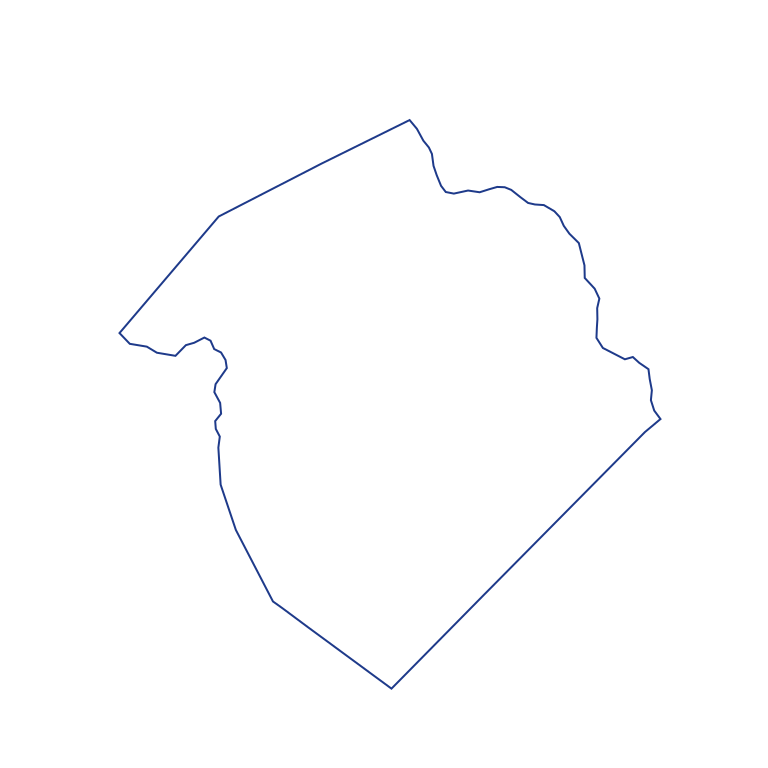 the district of Ipanguaçu, Rio Grande do Norte, Brazil, rotated 127°
{"feature_id": "56859067B33594898664345", "entity_name": "Ipanguaçu", "entity_type": "district", "adm_level": 2, "iso_a3": "BRA", "parent_name": "Brazil", "parent_adm1": "Rio Grande do Norte", "projection": "mercator", "projection_center": [-36.832, -5.544], "detail": "fine", "context": "isolated", "style": "outline", "palette": "blue", "viewbox_px": 768, "rotation_deg": 127, "n_neighbors": 0, "source": "geoboundaries", "source_scale": "gbopen_adm2", "svg_char_len": 1078}
<svg xmlns="http://www.w3.org/2000/svg" viewBox="0 0 768 768"><g transform="rotate(127 384 384)"><path d="M157.8,522.4L245.5,566.5L349.7,616.8L502.5,625.9L504.9,611.2L496.9,595.9L495.7,584.2L487.0,567.5L472.2,565.6L465.3,560.4L455.0,555.4L453.8,548.6L458.3,540.6L456.9,533.1L460.2,525.0L465.9,519.1L485.5,518.4L492.6,514.6L497.7,503.5L505.8,496.2L515.2,496.5L521.1,491.3L524.8,483.5L534.5,478.0L562.7,453.9L589.7,414.5L624.5,341.8L624.2,330.7L624.0,298.6L622.8,194.7L492.1,177.3L484.8,176.3L265.4,146.7L245.6,142.1L242.6,152.2L236.3,161.1L227.8,166.3L220.1,174.8L213.0,181.7L213.5,192.8L212.7,201.5L219.3,206.5L223.5,230.9L219.3,242.1L210.9,247.9L203.9,252.5L195.1,259.4L186.2,263.4L181.1,273.1L178.5,287.5L168.6,295.3L154.2,313.2L152.4,326.4L149.5,335.6L144.9,344.1L143.5,351.9L144.9,364.0L149.8,371.5L152.7,377.9L152.7,387.4L152.4,399.2L154.2,406.0L158.5,412.2L165.3,417.3L173.3,423.0L178.9,433.3L189.9,442.8L193.5,450.2L191.4,457.7L185.5,467.6L180.0,475.7L171.4,484.2L168.1,490.5L166.0,499.0L160.4,511.3L157.8,522.4Z" fill="none" stroke="#1e3a8a" stroke-width="2"/></g></svg>